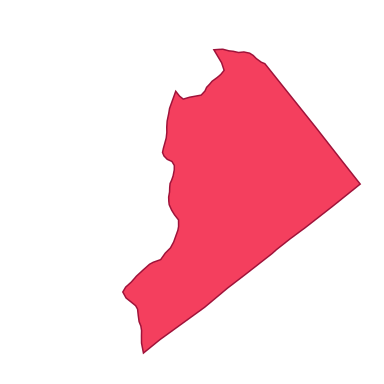 São Carlos do Ivaí, Paraná, Brazil, rotated 52°
{"feature_id": "56859067B30476837708549", "entity_name": "São Carlos do Ivaí", "entity_type": "district", "adm_level": 2, "iso_a3": "BRA", "parent_name": "Brazil", "parent_adm1": "Paraná", "projection": "albers", "projection_center": [-52.502, -23.368], "detail": "fine", "context": "isolated", "style": "filled", "palette": "rose", "viewbox_px": 384, "rotation_deg": 52, "n_neighbors": 0, "source": "geoboundaries", "source_scale": "gbopen_adm2", "svg_char_len": 1237}
<svg xmlns="http://www.w3.org/2000/svg" viewBox="0 0 384 384"><g transform="rotate(52 192 192)"><path d="M289.3,54.6L261.2,54.7L252.9,54.7L229.9,54.7L217.7,54.7L135.7,55.6L132.4,57.5L126.4,59.2L122.1,59.7L118.1,61.1L113.6,64.9L110.7,69.5L106.6,72.8L103.5,76.0L98.5,79.8L96.2,83.0L93.4,87.2L108.4,89.1L115.9,91.8L117.1,96.9L117.3,101.5L117.1,108.0L117.9,111.7L118.5,116.0L120.4,119.6L121.3,125.1L118.8,129.9L115.9,135.4L113.4,141.7L108.8,142.8L102.6,142.8L112.3,158.2L115.8,162.0L120.8,167.9L125.4,172.0L129.5,175.1L133.6,179.1L136.9,183.5L140.0,187.7L142.7,190.9L146.4,191.9L151.0,191.4L155.6,189.0L160.2,189.6L163.7,192.4L167.7,197.0L170.1,200.7L171.8,204.0L174.5,206.6L178.2,209.7L181.6,213.5L184.9,215.9L188.0,217.8L193.7,219.2L199.1,219.8L205.7,219.8L210.9,223.8L213.4,226.6L220.1,237.2L222.8,243.4L223.7,250.7L226.0,258.3L223.5,265.8L222.8,269.9L223.4,279.2L224.1,287.6L225.6,295.3L226.1,302.8L228.2,308.1L234.9,309.2L246.9,306.4L250.8,307.0L256.6,310.6L261.6,313.5L266.1,314.8L270.1,317.0L274.4,320.5L280.0,324.8L289.0,329.4L288.6,307.9L290.6,253.0L289.6,223.2L289.8,200.8L289.8,174.7L289.8,166.7L289.4,160.9L289.3,143.3L289.6,131.7L289.8,125.5L289.8,89.8L289.3,54.6Z" fill="#f43f5e" stroke="#9f1239" stroke-width="1.5"/></g></svg>